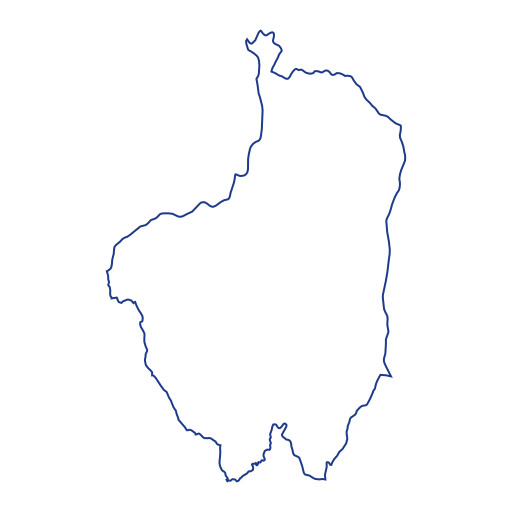 Hispania, Antioquia, Colombia
{"feature_id": "7082276B53614858189093", "entity_name": "Hispania", "entity_type": "district", "adm_level": 2, "iso_a3": "COL", "parent_name": "Colombia", "parent_adm1": "Antioquia", "projection": "equal_earth", "projection_center": [-75.91, 5.802], "detail": "fine", "context": "isolated", "style": "outline", "palette": "blue", "viewbox_px": 512, "rotation_deg": 0, "n_neighbors": 0, "source": "geoboundaries", "source_scale": "gbopen_adm2", "svg_char_len": 6021}
<svg xmlns="http://www.w3.org/2000/svg" viewBox="0 0 512 512"><path d="M391.0,376.4L385.5,365.4L384.3,362.6L383.9,360.8L383.9,359.3L384.5,356.5L385.1,354.7L385.4,352.9L385.9,344.3L385.9,339.4L388.3,332.4L388.4,331.2L387.3,324.7L387.6,318.3L387.4,316.6L386.7,314.7L385.4,312.3L384.2,309.5L383.9,307.7L382.8,297.4L382.9,294.9L385.9,280.7L387.4,272.0L388.9,259.2L389.6,254.4L389.8,249.7L388.9,241.6L387.2,232.1L386.3,221.1L386.6,219.2L389.1,214.1L390.5,210.2L392.1,204.3L394.8,197.2L397.0,193.0L398.8,190.4L399.5,188.3L399.9,185.4L399.9,182.5L399.3,178.7L400.0,174.2L401.2,170.1L404.9,161.0L405.2,158.6L405.1,155.2L404.3,152.0L403.4,146.8L402.1,142.6L400.1,137.8L399.8,135.4L400.7,130.7L400.9,126.5L400.7,125.6L400.1,125.2L395.6,123.3L390.8,119.6L388.1,117.0L386.2,115.9L380.4,114.6L379.0,113.7L375.7,108.8L373.6,106.8L372.7,106.3L370.0,103.0L366.1,99.3L364.3,96.6L363.0,92.9L360.5,87.8L359.7,86.6L356.7,84.5L353.7,80.4L352.2,77.7L351.5,76.8L350.6,76.3L347.8,75.7L344.9,75.9L343.5,74.9L340.5,73.5L338.1,73.1L336.7,73.1L334.5,74.6L333.4,74.9L332.6,74.9L331.7,74.6L331.0,74.0L329.4,71.9L328.0,70.9L327.4,70.6L326.5,70.5L325.4,70.5L322.3,72.3L321.3,72.5L318.2,71.3L315.3,71.1L314.6,71.4L313.7,72.6L312.9,73.2L310.9,73.7L309.2,73.6L305.9,72.7L301.7,69.7L301.1,69.6L298.7,70.1L296.6,69.0L296.0,69.0L295.4,69.1L294.6,69.7L292.8,71.6L290.8,74.7L290.0,76.5L288.3,78.5L286.8,78.9L284.7,78.1L281.9,76.3L279.1,75.5L274.8,72.9L271.4,71.6L271.8,69.9L272.8,67.2L274.1,65.2L275.3,62.4L277.9,57.6L279.1,54.4L281.5,51.3L281.7,50.2L280.9,48.2L279.1,45.8L275.5,44.1L274.2,43.2L273.4,42.2L273.0,41.1L273.1,40.0L273.8,37.1L274.0,35.2L273.8,33.6L273.4,32.9L272.4,32.3L270.5,32.7L266.7,35.2L265.6,35.4L264.5,35.0L262.5,33.0L261.0,30.8L260.6,30.7L259.6,31.4L258.6,32.7L255.3,40.2L252.4,43.2L251.7,43.6L251.1,43.6L249.6,42.8L247.1,39.3L246.2,40.8L246.1,42.1L246.6,44.7L248.0,49.2L248.4,50.0L251.4,51.7L254.1,53.5L256.7,55.7L258.0,57.5L258.9,60.3L259.4,65.3L258.8,74.0L258.0,76.4L256.5,78.6L256.5,79.2L257.5,84.7L258.7,93.6L259.7,96.4L262.1,105.7L262.6,110.4L261.8,129.3L260.9,136.2L260.3,138.6L259.3,140.2L257.9,141.1L255.9,141.8L253.0,143.9L250.8,146.8L249.8,149.7L248.7,154.8L248.1,159.3L248.0,169.2L247.3,172.4L246.0,174.2L244.7,175.2L243.2,175.7L240.3,176.0L238.9,175.6L236.1,174.4L235.5,174.4L235.2,174.9L234.5,179.9L233.7,183.4L230.6,192.8L229.8,196.7L228.9,198.5L228.0,199.3L224.2,200.2L221.0,201.9L215.7,205.8L213.1,206.8L211.6,206.6L210.0,205.9L206.8,203.4L204.1,202.1L201.3,202.5L199.9,203.5L192.2,211.6L186.8,214.1L182.7,216.3L180.5,216.8L178.2,216.5L172.5,213.8L168.3,213.3L163.8,213.3L161.1,213.7L159.9,214.3L157.2,217.1L155.6,218.4L150.9,220.1L148.3,223.0L145.9,225.0L140.3,226.5L129.9,235.0L127.2,236.8L124.6,237.7L122.4,239.1L120.1,241.6L116.0,245.0L114.6,246.7L114.1,248.9L113.7,254.1L112.8,257.2L112.2,260.2L111.9,264.2L111.3,267.2L110.5,268.7L108.1,270.6L106.8,271.2L108.1,275.5L108.3,279.7L108.9,281.4L108.9,282.5L108.3,284.7L108.3,285.2L109.8,287.2L110.3,290.8L110.1,292.9L110.4,295.8L110.7,296.5L111.4,297.1L111.7,297.9L111.6,298.4L116.8,297.6L117.1,298.0L117.3,299.0L118.3,301.3L118.9,302.1L121.4,302.9L123.1,301.3L127.3,299.6L129.4,299.8L131.5,300.7L133.5,303.1L134.7,302.0L135.1,301.9L136.5,305.6L138.4,309.5L139.3,311.0L140.7,313.0L142.4,316.0L142.7,318.2L142.5,320.6L142.1,321.4L140.3,322.2L140.1,324.2L140.8,326.8L142.7,330.0L144.3,333.2L144.5,334.5L144.3,340.1L144.4,342.0L145.6,346.2L147.0,349.4L147.2,350.5L147.0,351.4L145.9,353.5L145.6,354.6L145.6,356.2L144.9,360.1L145.2,362.0L145.9,365.2L148.5,368.5L150.0,369.8L152.1,372.2L152.1,375.4L152.7,375.3L153.7,375.8L155.7,377.9L161.0,386.0L163.8,389.8L166.4,391.8L166.8,392.3L169.0,397.6L170.9,400.6L173.3,406.7L174.2,408.4L175.0,409.4L175.9,410.8L176.7,414.2L178.4,418.5L178.3,419.4L178.5,419.8L184.9,427.2L186.8,430.2L188.2,430.2L189.0,429.8L190.1,429.9L191.4,430.3L195.0,432.9L195.4,433.6L195.6,434.5L196.5,434.4L198.3,433.6L199.1,433.6L200.1,434.3L203.1,437.3L204.2,438.1L207.8,438.2L208.8,438.0L210.7,438.3L215.7,441.7L216.3,442.9L217.3,444.2L219.3,445.1L220.4,445.3L220.1,448.0L220.3,452.3L220.1,455.8L219.7,459.7L219.5,463.0L219.8,464.8L220.2,466.5L221.7,469.8L222.4,470.6L224.4,471.9L225.3,473.1L225.6,475.4L227.6,478.1L227.7,478.9L226.5,479.7L227.4,481.2L228.5,480.5L230.5,480.7L232.2,479.3L233.0,479.2L235.3,479.6L236.8,481.3L238.4,480.8L239.3,479.7L240.1,478.3L241.6,477.3L243.0,475.7L244.5,475.0L247.1,473.3L248.4,471.7L248.7,471.4L250.7,471.3L252.9,469.9L253.2,468.4L253.0,466.5L252.1,465.1L252.0,464.6L252.5,463.8L254.6,463.8L255.8,463.0L256.1,463.3L256.2,464.7L256.5,465.2L257.2,465.2L258.0,463.9L258.0,463.2L258.5,462.1L260.0,462.6L260.5,462.3L261.6,460.4L262.4,460.3L263.3,460.7L264.3,460.3L264.7,459.9L264.6,458.6L263.6,456.3L263.5,454.4L264.3,452.1L264.9,450.9L266.8,449.8L267.6,449.6L269.5,449.8L270.0,449.3L270.3,448.3L270.4,447.1L270.1,445.4L270.2,444.6L270.8,443.4L270.8,442.8L269.8,440.2L269.8,439.2L269.9,438.7L270.7,437.8L270.8,437.2L270.2,434.8L270.2,433.9L271.7,429.8L272.2,427.1L273.2,424.6L273.8,424.3L276.1,424.6L277.7,427.2L278.6,428.0L279.4,428.2L280.0,428.1L281.6,426.7L283.6,423.9L284.9,423.5L286.3,424.6L286.5,425.4L286.4,426.1L286.1,427.0L282.0,434.5L281.9,435.0L282.2,435.7L282.7,436.6L286.3,439.5L289.0,440.1L290.3,441.3L291.0,443.2L291.5,446.8L292.3,449.2L293.2,453.3L294.2,455.1L298.0,456.9L299.1,457.6L299.6,458.6L302.2,466.1L303.8,472.7L304.4,473.7L304.9,474.3L306.0,474.8L309.3,475.5L313.4,478.1L315.3,478.9L318.9,479.4L322.7,479.0L325.4,479.5L324.9,475.0L326.7,467.0L326.6,463.1L326.9,462.3L327.9,462.2L328.6,462.5L329.2,463.1L330.3,464.8L331.3,464.9L332.3,462.3L334.2,459.1L337.2,455.7L339.2,452.0L342.6,448.9L346.2,443.3L347.3,438.7L346.7,434.0L346.6,431.5L347.6,428.4L347.6,426.6L349.5,421.5L350.0,418.9L350.9,417.6L354.5,415.1L355.5,414.3L356.2,412.8L356.7,411.0L358.9,408.5L360.9,406.6L362.9,405.7L365.7,405.3L366.5,404.9L367.3,404.0L370.1,398.8L372.7,392.8L373.4,390.7L374.4,389.5L375.1,388.0L375.6,385.4L376.5,382.5L377.7,379.9L380.4,374.9L386.2,375.3L391.0,376.4Z" fill="none" stroke="#1e3a8a" stroke-width="2"/></svg>